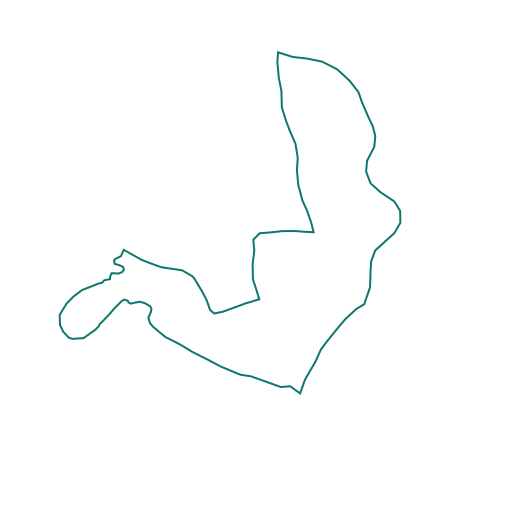 Isoko North, Delta, Nigeria, rotated 135°
{"feature_id": "59680162B76063539046075", "entity_name": "Isoko North", "entity_type": "district", "adm_level": 2, "iso_a3": "NGA", "parent_name": "Nigeria", "parent_adm1": "Delta", "projection": "natural_earth1", "projection_center": [6.267, 5.521], "detail": "fine", "context": "isolated", "style": "outline", "palette": "teal", "viewbox_px": 512, "rotation_deg": 135, "n_neighbors": 0, "source": "geoboundaries", "source_scale": "gbopen_adm2", "svg_char_len": 1841}
<svg xmlns="http://www.w3.org/2000/svg" viewBox="0 0 512 512"><g transform="rotate(135 256 256)"><path d="M96.4,384.4L103.5,378.3L113.8,366.0L121.5,354.5L122.9,353.1L123.0,353.0L132.7,342.7L139.1,330.5L143.6,320.5L148.7,307.5L157.0,296.0L166.4,287.7L176.1,276.1L179.9,269.3L183.7,262.9L188.1,251.4L193.3,240.7L198.4,232.1L203.7,237.8L207.2,241.9L210.8,246.1L219.9,255.1L227.6,261.2L237.3,269.5L246.4,269.4L253.2,261.2L258.3,257.2L264.4,252.4L274.7,241.6L279.8,231.5L284.3,223.1L297.2,230.0L318.6,239.9L326.3,245.0L326.6,250.4L322.3,259.3L320.1,265.9L318.8,270.7L315.7,282.8L315.3,286.5L318.3,298.0L331.0,315.2L336.1,326.2L339.5,333.9L345.2,353.9L351.5,351.4L358.0,353.5L360.1,352.8L361.4,350.2L359.0,345.9L357.7,342.1L359.2,339.6L362.1,339.3L365.6,340.8L370.2,345.9L373.5,344.7L375.7,342.9L380.4,346.1L384.0,346.0L386.2,347.5L403.0,354.9L413.9,356.4L423.6,356.3L436.4,353.2L443.3,345.9L445.9,338.6L446.1,330.5L444.4,327.2L440.1,323.5L436.1,319.9L422.0,317.5L416.8,317.5L414.8,318.3L408.9,318.3L400.4,318.5L393.3,319.1L382.6,319.1L380.0,318.3L378.3,315.0L379.0,313.3L378.0,310.6L375.3,309.1L370.4,305.7L367.8,301.0L366.4,295.2L367.3,292.6L369.8,290.8L375.7,288.5L378.5,283.4L378.8,278.2L377.4,262.9L372.2,247.0L368.9,233.3L363.1,215.8L359.1,202.8L353.0,187.9L350.8,182.8L344.7,174.6L331.1,145.8L323.9,139.7L322.0,127.6L309.1,133.8L300.7,136.1L288.5,139.3L276.2,144.0L264.6,145.6L248.5,147.3L237.5,148.2L222.7,147.6L213.6,145.4L197.5,153.2L185.3,164.7L178.2,170.9L172.5,173.5L167.9,175.6L152.4,174.9L142.1,174.3L139.2,175.1L130.5,177.4L122.2,185.9L119.6,196.6L122.9,213.4L123.6,226.3L118.5,237.8L110.1,244.8L95.3,249.5L86.9,256.4L85.6,258.5L81.8,264.9L78.6,274.0L72.2,290.1L67.7,299.3L66.6,308.1L65.9,313.8L66.6,330.6L71.8,346.6L72.4,347.6L74.4,350.6L80.2,359.4L89.3,370.8L96.4,384.4Z" fill="none" stroke="#0f766e" stroke-width="2"/></g></svg>